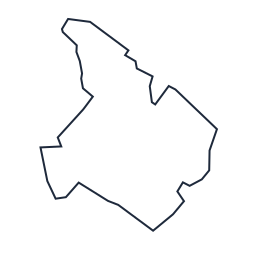 outline of Khiva city, Khorezm, Uzbekistan, rotated 105°
{"feature_id": "79887680B59806370896431", "entity_name": "Khiva city", "entity_type": "district", "adm_level": 2, "iso_a3": "UZB", "parent_name": "Uzbekistan", "parent_adm1": "Khorezm", "projection": "albers", "projection_center": [60.357, 41.382], "detail": "fine", "context": "isolated", "style": "outline", "palette": "slate", "viewbox_px": 256, "rotation_deg": 105, "n_neighbors": 0, "source": "geoboundaries", "source_scale": "gbopen_adm2", "svg_char_len": 650}
<svg xmlns="http://www.w3.org/2000/svg" viewBox="0 0 256 256"><g transform="rotate(105 128 128)"><path d="M158.5,43.4L147.9,38.6L128.6,43.4L106.1,41.8L78.5,92.2L76.9,99.5L98.2,107.8L96.9,111.6L82.0,117.8L71.8,117.6L68.2,134.9L61.6,138.0L58.4,149.6L52.9,147.7L35.3,192.1L38.2,214.1L49.5,217.4L52.2,215.8L61.4,198.9L67.9,197.5L75.8,191.9L87.2,186.5L92.4,186.0L101.3,181.8L106.8,170.1L118.3,174.7L121.7,176.1L155.3,193.4L163.1,187.7L169.4,207.5L200.1,192.2L215.0,179.6L210.9,170.1L193.5,161.5L203.6,128.4L204.8,117.5L220.7,77.2L199.7,62.2L184.2,55.0L176.5,63.9L166.3,60.9L167.9,53.5L158.5,43.4Z" fill="none" stroke="#1e293b" stroke-width="2"/></g></svg>